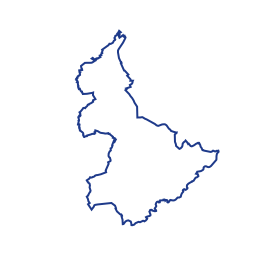 the district of Pho Thong, Ang Thong, Thailand, rotated 63°
{"feature_id": "78962969B68312342882015", "entity_name": "Pho Thong", "entity_type": "district", "adm_level": 2, "iso_a3": "THA", "parent_name": "Thailand", "parent_adm1": "Ang Thong", "projection": "natural_earth1", "projection_center": [100.339, 14.681], "detail": "fine", "context": "isolated", "style": "outline", "palette": "blue", "viewbox_px": 256, "rotation_deg": 63, "n_neighbors": 0, "source": "geoboundaries", "source_scale": "gbopen_adm2", "svg_char_len": 5833}
<svg xmlns="http://www.w3.org/2000/svg" viewBox="0 0 256 256"><g transform="rotate(63 128 128)"><path d="M202.0,86.9L201.5,87.1L201.0,86.8L200.5,87.3L200.2,87.3L199.6,88.1L199.3,87.6L199.0,86.7L198.4,86.2L199.5,82.6L199.4,80.4L199.0,79.5L197.5,78.5L197.2,77.8L197.1,76.8L197.5,75.9L198.9,74.7L199.4,74.1L199.7,73.2L199.7,72.4L199.5,71.2L196.5,63.8L196.0,63.4L193.2,61.9L191.6,60.7L191.0,60.0L190.4,58.2L189.9,57.9L189.2,57.8L188.9,59.0L188.6,59.3L188.5,61.0L186.8,62.5L187.1,64.2L186.8,65.3L182.6,70.6L182.0,70.8L181.9,71.3L181.4,71.7L179.3,71.5L177.6,71.8L176.1,71.4L173.9,71.4L173.9,71.7L173.6,71.7L173.6,72.3L173.0,72.4L173.0,75.0L173.2,75.8L173.4,77.5L173.3,79.5L172.5,80.4L169.5,81.0L169.6,81.7L167.5,81.8L165.3,82.4L165.8,83.3L166.0,84.8L166.7,86.3L168.7,87.7L169.4,88.6L170.0,90.4L169.9,91.7L165.8,93.3L164.2,92.7L161.6,92.4L155.1,89.3L154.9,89.0L154.5,87.0L154.1,86.7L154.0,87.0L152.2,89.0L150.1,91.0L148.7,91.1L147.1,91.9L143.3,92.4L142.4,92.8L141.5,93.4L141.1,94.0L140.3,96.0L139.9,99.7L139.8,100.1L139.3,100.7L138.5,101.4L136.8,102.1L128.8,107.5L127.4,108.7L125.4,109.9L124.8,110.4L124.2,112.2L122.9,114.9L113.1,110.2L108.3,110.7L106.1,110.5L103.3,110.7L100.7,111.3L98.4,111.5L93.1,113.1L92.6,111.2L91.9,111.5L92.6,107.0L90.5,106.8L90.4,104.9L90.3,104.4L89.7,103.5L88.6,102.8L88.1,102.2L87.0,104.4L86.4,103.8L85.7,103.7L81.0,105.0L80.6,103.4L75.3,104.9L75.0,105.4L67.3,105.0L67.3,104.3L66.7,104.1L66.4,104.1L66.4,104.5L61.6,104.3L56.1,102.6L54.4,101.7L53.5,100.5L49.7,93.7L47.1,90.1L46.8,89.7L46.1,89.6L46.0,89.1L45.4,89.1L45.3,89.5L44.3,89.3L44.4,90.4L43.0,90.3L43.7,94.6L41.8,94.5L41.3,93.3L40.9,93.0L39.9,93.1L39.5,92.2L39.4,91.0L37.4,91.8L38.7,93.6L39.0,94.6L39.7,94.4L40.2,96.5L40.1,97.4L40.7,97.8L41.6,99.2L42.1,99.3L43.1,99.1L43.4,99.2L43.7,99.7L43.8,100.9L44.8,102.3L45.2,102.9L45.2,105.3L44.5,106.3L45.3,107.7L46.5,115.5L47.5,115.4L47.9,116.2L49.0,116.7L49.1,117.2L49.7,117.1L50.1,118.6L50.7,119.5L50.9,119.4L50.7,120.3L51.7,120.4L51.8,120.8L52.3,120.7L52.2,121.3L52.4,122.6L52.2,122.7L51.9,124.0L52.3,124.1L52.3,124.7L51.7,124.8L51.8,126.1L52.0,126.1L52.1,127.1L50.9,127.1L49.5,127.6L49.7,128.8L53.1,126.7L53.1,127.3L53.4,130.0L53.3,130.9L50.4,136.8L51.4,141.7L52.3,142.0L54.2,142.5L54.2,142.2L54.7,142.2L55.5,142.5L54.5,145.3L56.3,145.9L56.8,145.3L57.4,146.1L58.9,146.6L59.0,146.9L58.9,148.2L59.1,149.0L59.6,149.0L59.8,150.5L60.8,150.6L60.9,151.0L60.7,151.0L60.7,151.7L61.3,151.7L61.5,152.3L62.3,151.9L63.6,151.7L64.0,152.7L65.0,152.1L65.5,152.5L66.9,152.9L67.0,153.1L67.9,153.0L68.2,153.2L68.3,153.6L68.9,153.8L69.0,153.5L70.0,153.8L70.0,154.0L71.0,154.1L71.2,153.1L73.1,153.3L74.3,153.1L74.7,152.5L75.2,152.8L77.0,152.8L77.1,152.5L77.3,152.6L78.9,149.0L80.5,143.8L80.6,143.0L82.8,144.3L87.5,143.9L87.4,146.5L87.7,146.6L88.1,147.0L88.2,146.9L88.8,147.2L88.7,147.8L89.0,148.5L89.1,150.4L88.9,151.6L89.4,152.3L89.0,153.3L89.9,154.4L90.3,156.0L90.9,157.2L90.1,157.9L89.9,158.9L90.4,159.6L91.5,162.1L91.9,163.2L92.0,164.1L93.0,164.1L93.2,163.9L94.3,164.3L94.7,165.5L95.5,165.0L95.8,165.8L95.8,167.4L98.0,167.8L99.0,168.2L99.3,168.5L99.2,168.8L99.9,169.0L101.8,170.7L102.1,170.3L102.4,170.7L103.0,169.7L104.5,170.7L104.5,170.9L105.3,171.3L106.0,171.5L106.1,171.1L108.4,172.0L108.7,171.5L109.5,171.4L110.7,170.8L110.9,170.6L112.1,170.3L113.3,170.6L113.4,170.9L113.9,171.2L115.9,171.3L116.2,170.9L115.8,170.5L116.6,168.3L116.1,167.9L116.8,164.4L117.0,162.5L118.0,160.6L116.7,159.8L117.2,159.3L115.7,158.5L115.3,158.2L117.2,156.3L119.1,155.2L120.0,154.4L121.8,151.8L122.5,151.0L123.0,150.1L123.6,148.0L124.4,148.1L124.8,147.0L125.2,147.1L129.0,145.4L129.8,146.0L130.8,144.7L131.0,144.9L131.8,144.4L132.3,144.5L132.7,144.1L134.2,146.2L133.0,146.4L136.1,149.9L136.5,149.7L137.8,151.0L138.3,151.8L138.3,152.8L140.2,153.5L140.6,155.1L142.0,156.8L143.6,157.8L144.4,158.1L145.7,158.0L146.2,157.6L148.8,158.1L149.5,158.7L149.5,161.3L151.1,161.5L155.4,166.8L155.9,167.0L156.0,167.3L157.5,167.6L156.9,173.2L156.1,176.5L155.6,177.7L155.5,179.2L155.8,179.6L155.9,180.9L155.6,181.6L155.7,182.8L155.3,183.6L154.7,184.1L155.2,184.8L155.6,185.8L155.9,188.5L157.6,188.4L158.4,188.0L158.7,188.2L160.1,187.5L161.9,188.0L163.5,189.2L166.8,189.8L167.8,190.7L167.9,191.3L169.7,193.9L170.1,194.1L170.1,194.7L170.4,195.3L170.5,195.9L172.9,195.9L175.3,196.5L177.4,196.2L177.5,197.3L177.7,197.5L177.8,198.2L184.2,197.5L182.7,194.4L181.6,193.1L181.6,192.1L182.4,189.6L187.3,176.8L191.3,174.8L194.0,175.1L194.1,175.7L197.3,175.7L201.0,174.3L202.1,173.7L202.1,173.2L203.4,173.1L203.7,173.2L203.9,173.9L207.2,174.5L211.3,176.3L211.5,175.7L211.4,175.2L210.9,174.3L210.1,172.5L210.1,170.9L210.5,169.6L212.6,168.0L214.2,168.3L216.1,169.0L216.5,168.4L216.7,167.6L216.9,166.3L216.2,164.5L216.4,161.3L216.6,160.9L217.4,160.1L217.5,156.7L217.9,156.2L218.6,155.8L218.5,154.2L217.8,152.4L217.4,152.0L216.1,152.5L215.6,152.5L215.6,151.2L216.1,149.0L216.1,147.8L215.7,147.4L214.9,147.2L212.2,146.9L211.6,145.9L211.2,145.6L211.3,144.7L211.5,144.3L211.9,143.9L212.6,143.9L213.0,143.4L214.4,141.8L214.7,140.6L214.3,140.4L213.7,140.4L212.3,140.8L211.8,140.7L210.7,138.5L210.3,138.2L208.6,138.0L207.5,136.8L207.0,135.7L207.1,135.0L207.4,134.3L208.4,134.2L208.6,133.4L207.1,132.3L208.4,129.5L207.9,129.0L208.3,128.0L208.7,128.0L208.9,127.6L209.7,127.8L209.5,126.8L209.8,126.1L210.7,125.9L211.8,126.6L212.3,126.4L212.6,125.7L212.2,124.7L211.8,123.9L211.4,123.6L211.4,123.4L211.5,122.6L212.5,121.6L212.7,121.1L213.1,120.6L213.5,119.3L213.4,117.9L212.5,115.4L213.2,113.9L213.2,112.2L211.7,110.9L210.7,109.7L209.8,107.6L209.4,107.4L208.6,107.5L208.2,107.1L208.0,106.4L208.0,105.7L208.3,105.4L209.1,105.1L209.3,104.7L209.0,102.8L208.5,102.2L207.8,102.4L207.2,102.3L205.9,101.5L205.6,101.2L205.0,99.4L204.8,96.7L204.9,95.9L204.9,95.3L204.6,95.2L204.8,93.5L203.2,90.8L203.0,90.1L203.2,88.8L202.9,87.2L202.0,86.9Z" fill="none" stroke="#1e3a8a" stroke-width="2"/></g></svg>